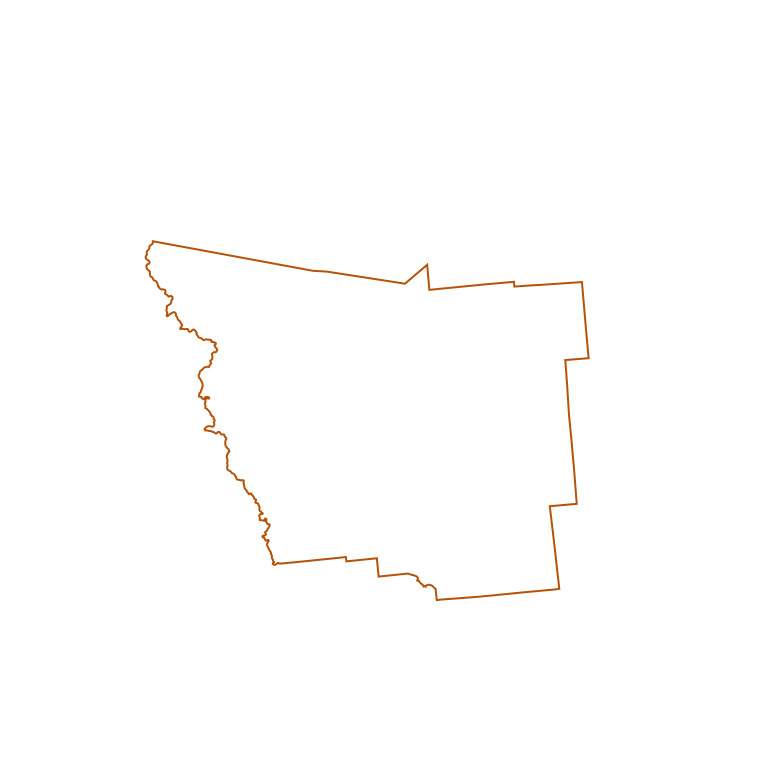 outline of Lobos, Buenos Aires, Argentina, rotated 42°
{"feature_id": "61730980B17134937162409", "entity_name": "Lobos", "entity_type": "district", "adm_level": 2, "iso_a3": "ARG", "parent_name": "Argentina", "parent_adm1": "Buenos Aires", "projection": "mercator", "projection_center": [-59.277, -35.199], "detail": "fine", "context": "isolated", "style": "outline", "palette": "amber", "viewbox_px": 768, "rotation_deg": 42, "n_neighbors": 0, "source": "geoboundaries", "source_scale": "gbopen_adm2", "svg_char_len": 6153}
<svg xmlns="http://www.w3.org/2000/svg" viewBox="0 0 768 768"><g transform="rotate(42 384 384)"><path d="M560.9,300.3L542.5,283.5L518.9,260.4L502.7,244.9L518.8,227.9L497.2,207.9L462.9,175.8L434.6,205.0L424.4,215.3L415.7,224.4L412.2,221.1L392.3,242.5L354.7,283.7L336.3,266.5L332.5,295.4L266.2,338.8L255.5,347.4L116.7,432.6L117.6,433.6L118.0,434.4L118.1,435.3L117.5,438.2L117.8,439.1L118.5,439.8L119.0,440.5L119.1,441.1L119.0,443.2L119.2,444.3L119.5,444.9L120.7,445.8L121.2,446.4L121.5,448.0L121.9,449.2L123.2,450.1L124.5,450.1L127.1,449.8L128.2,450.2L128.8,451.2L128.7,452.1L128.0,453.7L128.1,454.5L128.6,455.6L130.6,457.0L131.6,457.1L134.7,457.1L136.4,458.9L138.0,460.1L138.7,460.3L140.3,459.9L141.1,460.0L142.7,460.8L143.4,460.8L144.2,460.7L145.5,460.2L146.2,460.1L148.6,461.1L150.6,462.5L151.1,462.6L151.3,462.4L151.9,462.7L153.6,463.0L154.4,463.0L155.3,462.6L156.8,461.3L157.9,460.8L158.8,460.7L159.3,461.0L160.2,462.2L160.2,462.8L160.4,463.2L160.7,463.4L163.1,463.0L164.9,463.1L165.8,462.9L166.4,461.5L166.9,461.0L168.6,460.9L169.2,461.7L170.0,462.2L170.1,464.3L171.2,465.4L171.6,467.0L171.5,468.2L170.5,471.2L170.6,471.7L171.8,472.9L172.8,474.6L173.3,475.1L175.4,476.2L175.7,476.6L176.3,478.1L176.7,478.6L177.0,478.7L177.4,478.8L177.8,478.4L177.9,478.0L178.0,476.0L179.3,471.8L179.9,471.2L180.8,470.8L181.7,470.8L182.4,471.2L183.3,472.0L184.1,472.5L185.3,472.6L187.0,473.6L188.0,474.0L188.6,474.1L190.7,474.0L193.1,474.9L194.5,475.2L194.9,475.7L195.0,477.9L195.6,479.3L195.9,479.4L196.4,478.9L196.8,478.1L199.1,476.7L199.5,476.5L200.2,475.4L201.0,474.7L201.3,474.6L202.2,474.6L203.2,475.3L203.8,475.5L204.4,475.4L204.8,475.1L205.2,474.5L205.4,473.9L205.6,471.5L206.3,470.7L208.4,470.7L209.7,471.3L210.7,471.3L210.9,471.9L211.4,472.4L213.7,473.0L214.4,473.3L215.2,473.4L218.1,472.1L219.6,472.3L220.7,472.0L221.5,470.3L221.8,470.0L224.1,468.4L224.8,467.7L225.4,467.3L226.4,467.0L226.8,467.1L227.3,468.0L227.7,468.1L228.2,467.7L229.1,467.2L229.7,466.6L231.6,466.2L232.0,466.5L232.3,466.8L232.3,467.2L231.9,467.9L232.4,469.0L233.2,469.1L234.7,469.6L235.9,469.6L236.8,469.8L237.3,470.3L237.4,471.2L237.7,471.9L237.7,472.9L237.6,473.2L236.7,473.8L236.3,474.3L235.9,476.3L236.4,477.2L238.4,478.6L238.8,479.4L239.6,480.3L239.7,480.6L239.7,481.1L239.4,482.4L239.5,483.3L240.0,483.7L241.4,483.9L241.8,484.8L242.0,486.9L242.5,488.6L242.4,488.8L241.7,488.9L241.0,489.6L239.4,492.0L239.3,492.9L239.4,494.6L239.2,495.4L238.8,497.3L239.1,498.4L240.1,500.0L240.3,501.3L240.7,502.0L241.9,502.8L244.2,503.4L247.0,504.2L248.9,505.3L250.5,506.6L250.8,507.0L251.2,508.3L252.1,510.0L252.3,511.1L253.1,512.5L253.3,513.1L253.0,514.4L253.7,515.3L254.2,516.3L254.8,517.0L255.3,516.9L257.0,515.8L257.7,516.4L258.3,516.5L259.1,516.2L260.0,516.2L260.3,515.8L260.3,515.6L259.9,513.8L260.4,512.7L261.2,511.8L262.0,511.4L262.4,511.2L263.3,511.3L263.7,511.5L263.7,512.0L261.9,513.2L261.5,514.2L261.5,515.0L263.1,516.4L263.6,518.1L266.3,519.9L266.7,520.7L267.3,521.4L269.4,521.0L273.3,521.4L276.5,522.9L277.6,523.0L278.0,522.6L279.3,522.7L279.7,522.9L280.6,523.9L281.7,523.9L282.4,524.2L282.8,524.8L283.1,526.2L284.6,527.2L285.1,527.8L285.4,528.5L285.6,529.9L285.2,530.6L283.5,531.4L281.4,533.3L280.8,534.7L280.7,535.4L280.8,537.4L281.1,537.8L281.8,538.2L282.2,538.1L282.8,537.4L285.8,535.7L286.5,535.0L288.5,534.3L289.4,533.8L290.5,533.6L291.2,533.6L292.2,533.3L292.8,532.5L292.8,531.8L292.6,531.4L292.7,530.9L293.7,529.9L294.4,529.8L296.9,530.3L297.3,530.1L298.1,529.1L299.1,528.6L300.8,529.6L301.2,529.7L302.3,529.6L302.8,529.8L303.3,530.1L303.6,530.5L304.0,531.9L305.2,533.8L307.4,535.8L309.8,536.5L311.7,536.4L312.3,536.6L313.0,536.9L313.4,537.0L314.4,537.8L314.1,539.7L314.6,540.5L315.4,543.0L316.8,544.1L318.3,545.1L319.8,546.6L320.3,547.8L322.1,549.0L322.5,549.6L323.0,550.7L323.4,551.2L324.0,551.7L325.0,552.1L326.0,552.3L327.1,551.9L328.5,551.6L330.0,551.9L330.9,551.9L332.1,551.4L333.1,551.3L334.5,551.8L335.9,551.9L336.5,552.2L337.5,553.0L338.9,553.2L340.4,552.2L341.7,551.7L343.2,550.1L344.2,549.6L344.8,549.9L345.3,551.1L345.6,551.4L347.2,552.2L348.4,553.5L350.6,554.9L352.4,554.9L353.1,555.1L354.1,555.7L355.7,555.7L356.4,556.1L357.1,556.3L357.5,556.1L357.7,555.8L357.9,554.7L358.3,554.3L358.5,554.3L360.0,554.9L361.2,554.7L361.7,554.9L362.8,555.2L364.4,556.1L366.0,555.6L366.4,555.7L366.8,556.1L367.2,557.6L367.8,558.1L368.1,558.1L369.8,557.3L370.6,557.2L372.2,558.1L373.9,558.6L374.9,560.2L375.6,560.9L376.0,561.1L376.8,561.4L377.8,561.2L378.8,561.4L380.4,561.3L380.6,561.8L380.6,562.2L379.4,563.2L379.1,563.9L379.1,564.7L379.2,565.2L379.5,565.5L380.3,566.0L381.2,566.4L382.2,567.9L382.4,568.1L383.0,568.1L385.1,566.5L386.5,565.8L386.6,565.5L386.5,565.0L385.8,563.9L385.8,563.3L386.0,563.2L386.8,563.1L387.2,563.3L387.7,563.8L388.6,565.3L389.5,565.5L390.6,566.0L391.2,565.9L392.2,565.2L393.0,565.1L393.4,565.2L393.7,565.5L393.8,565.9L394.5,568.1L394.6,570.1L395.1,571.4L395.2,571.8L394.9,572.8L394.8,573.7L395.3,574.1L396.7,574.6L396.9,574.9L397.0,575.3L396.9,575.9L396.6,576.6L395.6,577.8L395.5,578.2L395.7,578.7L396.5,579.1L398.0,578.4L398.3,578.5L399.5,579.3L401.1,579.4L401.5,579.0L401.9,577.8L402.3,577.4L402.7,577.3L403.1,577.6L403.3,577.9L404.0,580.9L404.5,581.6L405.3,582.3L406.4,582.6L410.1,584.2L412.6,584.8L413.3,585.4L413.8,586.0L415.2,586.4L415.7,586.7L416.6,587.8L417.3,588.4L418.8,588.8L419.9,589.7L421.3,589.8L421.6,590.1L421.6,590.6L421.3,591.5L421.3,591.8L421.5,592.0L422.1,592.2L423.1,592.0L423.6,591.7L424.2,591.0L424.7,588.8L424.9,588.0L425.9,587.5L426.6,587.4L436.8,576.4L471.5,538.1L474.7,541.0L495.3,518.3L508.9,530.7L528.6,508.9L531.2,507.7L532.3,507.4L532.8,506.9L534.1,506.2L535.1,505.9L536.5,505.3L537.7,505.2L538.8,505.4L539.3,505.9L539.8,506.6L539.9,507.3L540.3,507.9L540.5,507.9L540.7,507.7L541.0,507.1L541.3,506.9L543.5,507.5L544.9,507.6L545.9,507.4L547.4,507.4L548.9,508.0L549.0,508.0L549.0,507.3L549.6,506.9L550.5,506.7L550.0,506.0L550.1,505.6L551.6,503.1L553.1,502.3L554.3,501.9L554.8,501.7L555.3,501.8L556.2,501.7L558.6,501.9L559.4,501.7L567.8,509.3L570.6,506.1L596.4,479.1L627.9,444.6L648.5,422.3L651.3,418.9L617.3,388.7L589.0,363.9L607.4,344.1L585.8,323.5L560.9,300.3Z" fill="none" stroke="#b45309" stroke-width="2"/></g></svg>